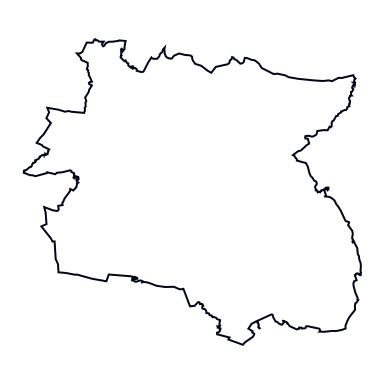 Strugari, Bacau, Romania
{"feature_id": "2599482B25592261282665", "entity_name": "Strugari", "entity_type": "district", "adm_level": 2, "iso_a3": "ROU", "parent_name": "Romania", "parent_adm1": "Bacau", "projection": "robinson", "projection_center": [26.748, 46.532], "detail": "fine", "context": "isolated", "style": "outline", "palette": "ink", "viewbox_px": 384, "rotation_deg": 0, "n_neighbors": 0, "source": "geoboundaries", "source_scale": "gbopen_adm2", "svg_char_len": 5833}
<svg xmlns="http://www.w3.org/2000/svg" viewBox="0 0 384 384"><path d="M345.6,328.5L345.5,325.6L347.6,320.4L349.5,316.9L355.1,309.8L354.9,305.6L355.5,303.1L356.3,302.8L358.3,300.0L357.4,299.5L357.6,297.8L355.5,293.1L353.6,286.1L353.4,283.4L354.1,281.3L356.6,280.2L354.8,275.1L355.9,274.6L356.1,273.7L357.5,273.3L358.4,274.3L359.9,273.6L360.3,274.1L360.1,275.1L360.6,275.2L361.0,273.0L360.5,270.8L360.9,266.9L360.6,263.1L359.3,259.3L358.9,256.1L357.8,253.9L357.2,247.9L354.1,242.2L352.8,242.5L352.5,241.6L353.9,241.3L352.1,238.3L352.8,233.6L352.2,230.8L348.1,225.2L348.8,223.9L349.0,222.1L345.8,221.1L345.2,220.2L340.7,210.6L337.7,205.8L336.7,204.9L334.4,200.3L331.4,197.9L329.2,196.9L325.1,196.4L325.9,195.2L324.3,190.2L326.5,188.7L327.6,190.2L328.5,189.0L328.5,187.7L326.3,187.5L323.1,190.0L321.5,190.2L321.4,191.0L320.5,191.3L320.2,192.2L319.1,191.8L317.7,192.3L317.2,190.6L315.7,190.4L315.9,189.4L315.1,187.5L315.2,186.3L316.7,184.3L316.7,182.8L316.1,181.6L314.0,180.4L312.6,177.9L310.8,176.2L309.5,173.4L307.7,166.3L305.8,163.0L296.9,160.6L297.1,160.1L296.2,158.2L295.5,157.9L294.7,156.2L292.9,155.1L298.0,151.3L300.9,150.5L306.6,145.2L309.2,143.6L307.8,138.7L305.4,138.5L305.1,137.4L305.5,136.1L308.9,135.8L311.8,136.6L313.3,136.4L316.0,134.9L316.7,133.9L317.3,131.0L323.7,130.1L327.6,130.3L329.6,126.7L330.6,127.3L331.6,126.4L331.8,122.2L332.4,121.1L333.6,120.7L336.1,116.1L337.7,115.9L338.2,114.1L341.2,112.3L341.1,111.5L345.1,109.9L346.1,110.0L347.3,108.2L347.2,107.1L349.4,106.2L348.9,104.8L349.8,103.8L349.3,103.0L350.0,102.0L350.1,100.9L349.3,100.1L349.0,97.8L349.9,96.8L350.0,95.9L351.8,95.6L351.0,94.8L351.0,91.9L352.1,91.6L353.3,89.2L352.2,88.0L352.2,87.1L352.8,86.1L354.1,86.4L353.7,85.2L354.9,85.2L355.0,84.5L353.5,82.9L355.0,83.2L355.1,82.5L354.2,81.4L354.2,80.5L354.5,79.4L355.5,78.6L353.9,77.0L353.3,75.2L341.7,78.0L338.7,77.8L331.9,81.2L328.8,80.4L323.0,81.0L313.8,80.4L298.0,78.8L288.3,77.1L285.8,75.5L277.7,73.7L273.6,74.0L261.7,68.0L259.0,63.7L255.1,60.5L251.6,59.8L246.8,58.0L244.8,57.9L243.7,62.2L242.2,63.3L240.3,63.7L236.8,60.3L234.3,59.1L233.6,57.6L232.1,57.1L231.5,59.4L229.9,60.3L229.5,62.7L227.8,64.2L215.8,66.9L211.3,72.8L207.9,70.9L201.3,65.8L195.3,63.9L193.2,61.1L192.3,59.1L192.0,56.5L189.9,55.3L185.3,55.0L179.1,53.5L174.0,55.7L172.0,58.4L170.4,58.7L167.5,57.8L165.9,56.5L164.5,52.9L164.7,51.2L164.2,50.3L164.7,47.6L163.0,49.5L162.2,52.0L159.8,54.3L159.2,56.5L157.1,58.8L153.6,58.8L152.0,58.3L151.4,57.5L148.1,62.6L144.0,70.7L143.3,71.7L141.5,72.1L136.7,70.8L136.9,69.6L135.5,68.1L133.9,67.8L133.6,68.5L132.4,68.6L132.0,68.0L132.8,66.4L131.5,66.4L131.5,67.7L130.2,67.3L128.2,65.3L128.3,63.4L126.9,62.9L125.6,60.4L124.4,61.2L120.6,57.4L120.8,56.3L121.5,55.7L121.0,55.3L121.4,52.2L121.0,51.3L121.6,50.4L121.0,49.4L121.7,48.7L122.7,49.7L122.9,51.1L124.5,49.1L124.6,46.3L125.6,41.0L119.1,40.4L118.5,40.9L112.3,41.7L108.4,41.8L107.4,42.7L106.2,42.8L104.2,45.8L103.1,46.3L101.9,44.2L103.6,41.7L99.2,41.7L97.1,40.1L96.0,40.3L95.3,39.2L94.3,39.6L92.7,42.7L86.7,42.6L82.4,51.9L80.0,53.4L76.9,53.4L81.0,58.0L81.1,59.5L81.9,60.2L87.7,62.8L87.8,66.7L87.0,68.0L86.9,69.5L88.1,70.0L88.2,72.1L88.9,73.0L88.8,75.4L89.8,76.8L91.9,81.7L90.4,81.9L88.9,82.8L89.4,84.4L91.2,84.8L91.9,85.5L89.2,89.7L88.8,91.8L85.2,97.5L86.3,101.1L85.4,102.7L85.7,106.4L84.7,107.9L85.0,110.1L84.1,112.9L71.1,111.7L68.8,111.0L65.0,111.7L58.4,109.7L47.3,107.8L49.1,112.3L46.4,118.2L50.9,123.0L43.7,134.3L40.1,138.0L36.7,142.9L41.9,145.0L43.0,146.4L49.2,149.4L48.0,151.1L48.3,151.8L47.6,153.1L47.6,154.1L46.2,154.5L45.5,153.9L45.6,154.9L44.6,154.7L44.3,155.4L44.1,154.7L42.9,154.9L39.9,156.5L39.9,157.3L39.0,157.9L38.5,159.0L36.1,160.0L35.7,160.8L35.2,160.5L35.0,161.3L35.5,161.8L34.0,162.9L32.9,163.0L31.3,166.7L29.4,167.4L25.8,170.4L24.4,170.3L24.0,170.6L24.3,172.4L23.0,172.5L30.4,175.3L31.9,175.1L35.4,176.2L46.9,173.1L47.1,172.3L55.3,174.2L56.8,172.8L62.7,172.2L70.2,170.3L71.3,170.9L71.4,172.0L73.9,173.0L74.2,173.8L73.8,174.4L74.3,175.1L73.5,177.7L74.5,178.3L74.8,176.8L75.6,176.4L75.8,177.2L76.2,177.2L76.1,176.5L78.2,176.9L78.4,177.5L77.2,178.9L78.5,179.1L78.4,179.6L76.7,179.4L76.5,179.9L76.8,181.4L78.3,182.6L76.9,183.4L77.1,184.3L76.2,187.3L73.3,190.5L70.3,189.0L69.9,191.3L64.7,198.3L63.0,202.1L62.2,203.0L62.6,205.1L58.2,205.8L58.7,209.6L57.4,211.0L53.1,210.4L44.2,207.1L45.6,212.4L46.5,224.1L41.4,226.4L50.9,238.4L52.5,241.5L54.6,241.4L55.7,259.1L58.0,264.1L58.5,272.3L66.0,273.0L75.4,274.8L76.8,274.5L91.8,278.7L106.4,281.3L108.8,274.5L131.1,276.3L133.9,277.1L134.8,276.8L137.2,277.9L137.4,278.7L135.1,279.2L132.3,278.6L132.0,280.3L135.9,281.8L140.5,280.4L142.7,281.3L142.2,282.3L144.9,282.0L149.1,282.9L156.6,285.8L165.1,287.0L173.9,286.8L179.2,289.1L181.3,289.3L183.4,288.8L190.0,306.3L194.5,305.9L197.9,302.3L199.0,302.1L199.5,302.3L199.9,304.1L202.0,303.9L202.5,304.3L203.1,305.9L202.4,305.9L202.2,307.8L202.8,308.8L205.0,309.2L206.3,311.0L206.3,312.9L209.0,313.5L209.6,315.1L211.9,315.7L212.1,316.8L212.7,317.2L213.3,316.9L216.1,317.7L216.8,318.9L220.1,320.2L219.3,324.0L220.2,325.6L219.6,326.2L217.5,326.3L218.0,327.0L217.8,327.6L220.5,328.4L220.5,329.0L219.7,329.7L220.0,330.6L219.1,332.1L217.0,332.7L217.1,334.3L229.5,337.5L228.4,339.5L242.9,344.8L245.0,342.3L252.9,336.8L254.1,334.7L254.2,333.6L252.2,332.5L252.6,331.2L248.4,328.7L251.6,323.8L255.9,321.6L257.1,322.0L258.5,324.1L258.6,326.2L258.2,327.1L259.4,328.4L259.7,328.2L258.4,327.1L258.9,325.5L258.1,322.5L256.2,321.4L271.3,314.5L272.6,314.7L273.3,317.5L275.6,321.5L277.0,321.8L279.3,323.8L281.8,324.8L283.7,322.8L283.1,320.9L283.9,320.9L287.3,322.6L287.0,323.4L288.5,324.4L289.6,326.1L296.7,329.4L299.1,328.7L299.1,327.6L301.6,327.7L301.8,328.5L304.9,328.3L305.5,328.0L306.1,326.4L307.6,326.2L319.3,328.7L320.0,329.9L320.0,331.0L319.5,331.6L324.2,331.8L332.4,330.9L335.7,331.1L341.9,329.9L345.6,328.5Z" fill="none" stroke="#020617" stroke-width="2"/></svg>